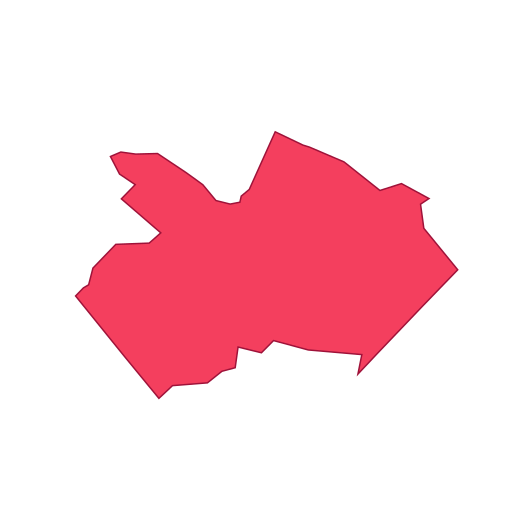 Somerset, New Jersey, United States of America (Natural Earth projection), rotated 247°
{"feature_id": "52423323B92804985399484", "entity_name": "Somerset", "entity_type": "district", "adm_level": 2, "iso_a3": "USA", "parent_name": "United States of America", "parent_adm1": "New Jersey", "projection": "natural_earth1", "projection_center": [-74.587, 40.566], "detail": "fine", "context": "isolated", "style": "filled", "palette": "rose", "viewbox_px": 512, "rotation_deg": 247, "n_neighbors": 0, "source": "geoboundaries", "source_scale": "gbopen_adm2", "svg_char_len": 730}
<svg xmlns="http://www.w3.org/2000/svg" viewBox="0 0 512 512"><g transform="rotate(247 256 256)"><path d="M241.3,437.7L265.8,418.2L267.9,395.7L308.2,373.8L335.4,347.7L339.8,342.5L362.8,322.2L319.9,275.8L316.9,265.8L311.8,262.2L313.9,252.5L322.7,240.8L342.4,234.9L359.5,224.6L388.8,205.4L396.8,185.1L404.5,172.2L404.5,160.9L384.7,162.4L368.9,172.7L361.2,154.4L314.5,177.4L309.6,162.7L321.5,131.5L308.6,101.2L294.9,90.7L294.1,84.7L289.7,74.3L233.0,90.5L213.5,96.1L162.9,111.0L169.3,128.5L158.2,161.7L163.2,179.6L161.3,193.2L179.2,203.9L164.8,223.2L171.3,239.1L149.1,267.4L123.9,314.9L107.5,303.7L119.0,329.9L144.9,390.0L164.5,436.3L215.9,421.3L239.4,427.7L241.3,437.7Z" fill="#f43f5e" stroke="#9f1239" stroke-width="1.5"/></g></svg>